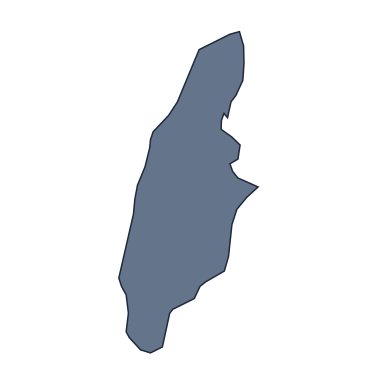 outline of Jamaica, rotated 275°
{"feature_id": "JAM", "entity_name": "Jamaica", "entity_type": "country or territory", "adm_level": 0, "iso_a3": "JAM", "parent_name": "North America", "parent_adm1": "", "projection": "mercator", "projection_center": [-77.28, 18.119], "detail": "fine", "context": "isolated", "style": "filled", "palette": "slate", "viewbox_px": 384, "rotation_deg": 275, "n_neighbors": 0, "source": "natural_earth", "source_scale": "50m", "svg_char_len": 734}
<svg xmlns="http://www.w3.org/2000/svg" viewBox="0 0 384 384"><g transform="rotate(275 192 192)"><path d="M194.1,137.1L212.9,143.0L232.2,146.0L240.6,146.1L248.5,148.0L266.2,162.0L280.4,169.6L334.5,186.7L352.5,216.1L355.9,225.3L341.9,230.7L324.4,232.6L307.6,232.9L292.0,227.3L285.3,223.0L269.1,220.9L273.1,217.0L266.0,215.1L257.0,215.5L250.3,226.8L243.0,235.8L228.8,234.9L223.4,227.3L216.0,230.7L210.0,236.4L202.8,257.4L191.3,246.9L178.7,238.2L162.9,234.6L131.1,234.0L116.1,231.1L103.6,213.3L98.7,208.2L86.1,203.6L73.5,183.1L69.1,180.3L35.1,176.0L28.1,164.7L30.2,154.6L41.5,142.2L47.0,138.6L65.8,139.2L83.8,135.4L91.7,130.1L99.9,126.6L164.8,135.6L179.8,135.7L194.1,137.1Z" fill="#64748b" stroke="#1e293b" stroke-width="1.5"/></g></svg>